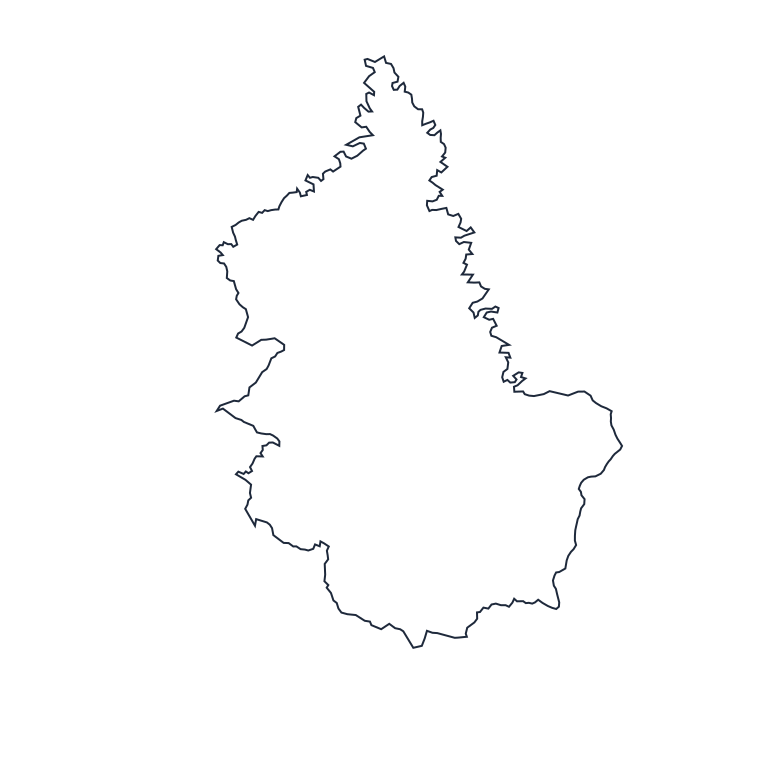 Muitos Capões, Rio Grande do Sul, Brazil, rotated 147°
{"feature_id": "56859067B15712827414216", "entity_name": "Muitos Capões", "entity_type": "district", "adm_level": 2, "iso_a3": "BRA", "parent_name": "Brazil", "parent_adm1": "Rio Grande do Sul", "projection": "albers", "projection_center": [-51.26, -28.402], "detail": "fine", "context": "isolated", "style": "outline", "palette": "slate", "viewbox_px": 768, "rotation_deg": 147, "n_neighbors": 0, "source": "geoboundaries", "source_scale": "gbopen_adm2", "svg_char_len": 5806}
<svg xmlns="http://www.w3.org/2000/svg" viewBox="0 0 768 768"><g transform="rotate(147 384 384)"><path d="M207.4,652.2L205.5,658.7L216.2,659.0L220.8,665.6L223.6,666.5L225.8,660.6L221.1,655.1L221.9,650.6L228.8,650.3L236.7,647.4L233.1,634.4L235.1,631.7L237.8,636.6L240.9,636.9L244.7,630.7L245.8,623.0L245.6,619.1L248.7,620.9L250.3,626.4L251.1,630.8L254.7,630.5L257.6,621.9L262.4,622.1L265.5,619.3L263.0,611.4L258.8,609.4L258.7,603.2L257.8,598.7L270.3,604.3L285.4,605.2L280.7,600.3L273.0,599.3L270.0,596.6L271.0,591.2L274.5,591.1L282.1,590.0L288.6,590.7L291.9,595.5L291.3,600.9L294.1,602.5L301.5,601.9L299.4,597.1L300.5,592.9L302.1,590.0L311.0,589.9L312.1,593.2L317.6,594.2L320.7,593.6L323.2,588.8L326.2,588.6L326.8,592.7L331.0,596.4L333.8,597.3L334.2,600.8L339.0,597.5L334.4,589.8L337.9,583.6L340.5,587.3L344.6,587.5L345.7,584.5L351.5,586.7L350.3,590.4L350.5,595.1L352.7,592.5L356.3,594.2L359.3,595.8L362.8,594.9L366.6,594.3L371.0,592.3L375.0,590.0L377.5,587.9L380.3,589.6L384.0,591.3L387.3,592.3L389.4,594.8L393.0,593.9L395.4,596.6L400.2,595.0L404.4,593.0L406.6,596.4L410.2,596.8L414.4,598.4L417.9,598.6L421.8,598.2L426.2,598.7L428.1,593.1L428.7,588.8L429.8,585.7L431.2,580.9L435.7,581.2L435.9,584.5L438.8,586.3L441.1,590.2L443.7,588.2L446.2,590.0L451.3,588.5L449.4,583.2L449.0,579.9L453.1,581.7L456.2,578.1L455.4,574.6L452.5,572.2L452.5,568.1L454.1,563.8L458.1,558.5L456.6,554.6L453.9,552.1L456.4,544.1L456.5,539.6L459.4,538.2L461.9,535.6L461.8,529.6L460.6,525.3L459.1,522.0L461.6,514.1L470.6,507.2L474.9,505.6L478.9,505.8L482.6,503.4L473.7,488.1L462.9,487.9L458.7,485.4L454.0,483.3L450.8,481.9L446.4,471.2L449.3,466.9L452.6,467.2L456.5,468.1L460.3,466.4L464.5,466.9L470.7,462.4L474.2,460.5L479.7,460.3L490.7,455.0L498.7,454.4L504.0,448.4L507.6,449.6L515.3,448.6L518.9,451.7L533.3,455.1L539.0,452.5L532.5,451.1L527.1,436.3L523.2,431.5L522.2,428.5L516.4,420.1L516.7,416.3L516.9,412.6L513.9,409.4L510.0,406.0L506.9,404.1L505.1,401.2L503.2,396.4L503.0,392.8L505.5,389.2L509.1,395.5L512.3,397.4L516.0,396.6L519.7,398.2L521.6,394.7L525.2,393.3L525.2,389.3L530.4,392.9L533.2,391.8L537.6,388.9L541.6,387.3L542.1,382.9L546.3,383.0L547.5,385.9L550.7,385.0L553.9,389.8L557.3,388.9L552.4,379.1L550.3,372.0L555.8,365.6L557.4,361.0L561.2,360.3L564.2,357.2L568.4,354.9L569.4,335.4L564.8,340.3L557.6,331.7L556.4,328.2L556.4,324.1L559.1,317.5L554.7,305.4L550.6,302.5L548.6,297.2L545.9,295.5L543.9,290.9L540.5,288.2L538.2,285.6L533.1,284.3L529.2,287.0L526.3,282.9L523.0,286.6L521.1,283.1L518.8,277.8L522.7,275.3L524.5,271.1L526.3,267.4L531.7,265.4L537.2,256.1L541.4,251.0L540.2,245.7L543.0,244.4L542.3,237.6L544.3,230.0L542.9,226.1L544.5,220.5L544.2,215.5L540.1,210.9L533.5,205.6L529.1,195.9L525.2,192.4L525.9,188.6L519.9,179.9L510.2,180.0L507.7,173.2L504.0,169.5L502.5,166.1L503.1,146.8L494.9,143.8L488.5,148.4L482.4,153.6L478.9,149.0L475.0,146.1L462.9,132.6L460.1,131.0L452.2,126.9L451.4,130.1L446.9,134.3L438.1,134.8L433.7,136.4L430.4,141.8L427.7,140.5L422.4,142.3L418.8,138.8L413.9,140.5L409.8,138.9L406.4,134.8L402.5,132.3L400.5,129.1L395.4,130.7L391.8,133.0L390.8,129.3L385.6,126.1L384.4,123.0L381.7,121.6L379.3,119.1L376.4,118.6L372.2,119.1L370.3,114.1L367.5,108.6L364.9,104.7L362.1,101.5L358.6,102.0L356.0,105.4L353.3,113.4L351.4,118.6L351.4,122.3L349.3,127.2L345.3,130.5L342.3,132.2L339.5,130.9L332.4,130.5L326.8,136.6L323.0,139.5L318.6,141.4L315.0,142.2L310.6,144.3L309.2,148.7L306.5,152.8L303.2,157.2L300.5,159.9L297.6,162.7L295.2,165.1L291.6,167.2L288.9,170.1L286.4,172.4L281.5,174.2L278.5,178.2L279.0,183.1L277.6,186.3L277.8,189.9L275.2,192.0L272.4,193.8L268.6,194.9L263.8,194.7L260.7,193.5L257.0,191.4L251.1,190.7L246.4,192.1L243.9,193.9L240.7,195.5L237.7,196.7L234.9,197.4L231.4,198.9L228.6,199.7L221.6,200.4L218.1,202.4L218.0,205.8L218.0,211.1L217.5,215.4L216.2,220.6L215.8,225.4L214.2,229.0L212.2,231.7L210.3,235.2L207.9,237.2L210.6,242.4L213.9,247.0L216.6,252.6L217.9,256.6L217.1,261.7L220.0,268.5L225.4,271.9L235.9,274.1L249.0,287.8L255.5,288.5L264.8,292.2L268.6,295.2L271.5,298.8L271.4,302.0L278.9,306.5L276.5,310.9L272.7,310.2L266.5,311.3L262.3,311.6L265.3,315.2L261.9,317.9L264.7,320.4L271.2,320.5L270.4,315.6L273.3,314.3L277.3,316.4L278.3,320.2L282.4,320.7L281.2,325.3L277.2,329.1L272.3,329.4L268.0,334.5L267.3,340.1L263.7,337.3L262.6,342.3L270.0,347.5L264.6,351.8L257.8,348.7L264.4,362.1L267.7,366.0L266.6,369.8L262.8,372.4L257.8,371.5L257.0,379.2L260.8,380.6L263.9,385.7L258.9,388.0L254.8,386.5L250.0,382.2L246.5,385.3L248.4,388.3L252.5,388.2L257.8,392.0L262.7,393.6L265.5,393.1L268.0,390.4L271.9,390.0L270.0,395.2L271.3,401.1L265.4,403.8L260.8,402.3L254.8,402.1L244.6,406.3L247.6,408.9L249.5,413.0L248.7,417.3L253.0,419.8L258.3,423.6L249.9,427.3L253.6,429.8L259.0,433.4L255.6,434.6L249.4,438.9L251.4,442.3L247.3,444.6L244.5,447.8L239.1,444.9L239.7,450.5L234.0,454.9L239.7,459.6L244.7,460.3L245.7,464.8L244.3,468.1L239.8,464.8L235.8,464.6L225.7,461.9L226.0,468.1L231.4,467.3L236.0,475.1L231.8,477.8L229.3,480.5L229.0,486.2L234.4,487.2L237.8,491.3L235.8,497.7L240.3,499.5L245.4,501.4L248.8,503.8L251.7,504.3L250.7,510.5L248.0,514.1L243.8,510.7L239.4,509.8L235.6,512.0L232.7,510.1L232.7,514.8L228.9,515.0L232.5,522.8L233.6,526.4L235.1,530.0L231.3,531.6L226.4,530.0L222.9,534.4L220.7,530.2L212.5,531.6L215.7,539.5L209.4,540.4L211.4,543.2L206.6,544.8L203.6,548.6L203.0,552.5L204.5,556.1L202.4,559.6L200.0,562.7L198.6,566.0L202.3,565.8L206.2,565.2L209.6,567.7L210.9,571.1L206.6,572.2L203.2,571.9L199.9,573.3L199.1,577.8L203.3,578.5L207.0,579.4L211.0,580.2L208.9,583.5L205.8,586.9L203.3,590.2L202.4,593.6L205.8,595.9L207.4,600.4L207.0,604.7L205.1,608.1L203.5,611.8L204.9,615.2L207.4,617.9L204.2,621.8L203.5,625.9L208.6,625.4L212.5,623.6L215.6,625.4L215.0,629.5L212.9,631.8L208.0,630.2L204.6,633.8L205.6,639.5L204.0,643.7L203.8,648.6L207.4,652.2Z" fill="none" stroke="#1e293b" stroke-width="2"/></g></svg>